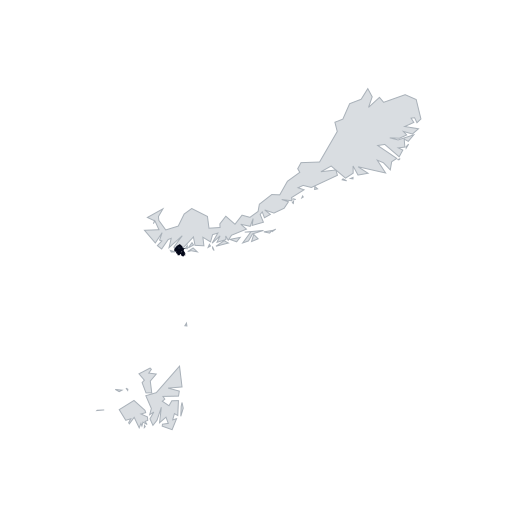 Måsøy nor, Finnmark, Norway (highlighted), rotated 198°
{"feature_id": "86288312B81169350398117", "entity_name": "Måsøy nor", "entity_type": "district", "adm_level": 2, "iso_a3": "NOR", "parent_name": "Norway", "parent_adm1": "Finnmark", "projection": "albers", "projection_center": [24.684, 70.867], "detail": "fine", "context": "in_parent", "style": "filled", "palette": "ink", "viewbox_px": 512, "rotation_deg": 198, "n_neighbors": 0, "source": "geoboundaries", "source_scale": "gbopen_adm2", "svg_char_len": 7484}
<svg xmlns="http://www.w3.org/2000/svg" viewBox="0 0 512 512"><g transform="rotate(198 256 256)"><path d="M309.3,267.9L299.0,272.0L300.3,275.4L297.0,284.5L285.8,279.7L281.9,290.5L273.7,290.9L267.8,299.0L268.8,306.3L260.0,319.3L252.3,321.5L249.2,336.8L240.2,349.1L243.3,351.9L242.0,358.7L224.6,365.0L217.2,399.5L222.3,407.6L215.7,413.0L214.0,429.8L204.4,437.6L201.4,449.7L194.7,443.3L194.9,432.1L187.6,445.0L182.1,441.6L164.0,455.5L152.0,454.3L141.5,437.3L144.1,432.5L147.9,436.5L151.1,435.0L147.2,431.8L154.6,425.1L140.8,427.2L144.9,420.4L154.3,420.0L150.1,417.7L156.0,412.3L165.3,409.7L156.7,410.3L143.4,420.0L146.6,412.1L151.2,413.0L148.1,405.6L154.1,402.8L149.1,402.1L150.5,394.6L168.0,401.9L174.4,398.7L152.3,392.3L156.1,387.6L154.9,379.4L163.7,384.1L170.3,384.6L158.4,375.0L186.5,372.4L175.0,369.3L184.0,364.5L191.5,371.6L189.2,364.8L194.9,357.7L212.3,364.8L220.3,356.2L206.6,362.5L203.5,357.9L224.5,338.3L233.0,337.7L237.1,333.9L230.8,333.8L240.2,322.6L238.9,319.6L249.0,317.7L241.9,317.6L244.0,310.1L252.2,302.4L262.0,302.5L255.2,300.0L259.8,295.0L263.7,299.9L264.9,296.8L259.4,290.4L269.1,283.9L270.3,290.7L270.7,282.4L280.3,281.5L273.4,278.6L285.7,268.2L287.3,262.4L291.0,265.7L289.7,262.3L297.3,257.0L296.4,264.1L301.7,254.6L299.4,266.0L303.9,262.9L303.6,255.4L312.3,257.4L308.7,249.6L317.3,247.3L321.4,254.8L330.5,235.5L336.9,239.1L332.4,252.5L341.3,237.1L342.1,246.6L344.6,244.6L347.9,233.5L353.0,235.4L350.2,241.2L352.6,241.3L352.5,249.2L355.8,237.3L370.0,246.0L356.4,251.0L362.9,258.1L371.2,259.1L359.1,272.1L361.0,263.4L359.4,259.8L349.9,252.9L339.2,260.4L337.3,273.7L331.8,281.3L314.4,278.6L309.3,267.9ZM301.7,63.1L306.5,68.4L305.0,76.0L308.1,72.2L308.4,78.6L317.6,89.1L308.6,95.2L294.7,127.6L285.9,108.6L298.8,103.2L287.2,103.8L286.4,98.8L301.1,93.7L298.5,91.7L300.2,88.9L292.5,86.7L291.3,92.3L285.1,94.5L281.1,80.1L284.9,80.9L284.6,74.4L281.3,76.7L282.1,64.9L292.6,65.2L293.0,67.1L287.7,69.7L291.8,74.9L296.2,67.6L299.3,82.9L299.4,69.2L301.7,63.1ZM314.0,56.5L322.0,64.9L324.6,57.2L325.6,58.1L324.8,62.5L329.1,59.5L338.6,67.6L327.4,80.9L313.9,74.9L312.5,72.9L316.6,70.2L309.5,69.4L308.2,66.2L310.4,64.4L307.5,62.1L312.2,63.1L312.0,59.1L313.7,61.2L314.0,56.5ZM318.3,91.8L325.2,100.4L323.8,103.4L330.9,107.8L322.1,116.7L320.5,115.9L321.8,111.5L314.4,112.9L317.9,104.4L312.9,93.7L318.3,91.8ZM268.3,277.4L274.1,275.2L256.8,282.6L266.1,276.0L267.8,268.0L272.7,264.3L268.3,277.4ZM278.8,263.5L286.0,263.7L276.8,268.8L278.8,263.5ZM286.3,259.8L297.1,252.9L291.0,260.7L286.3,259.8ZM278.0,80.3L280.7,89.9L281.1,93.8L278.2,88.8L278.0,80.3ZM264.7,268.4L264.8,275.8L259.3,273.0L264.7,268.4ZM322.3,239.1L318.3,244.2L313.1,241.8L319.3,241.0L322.3,239.1ZM322.9,242.8L321.0,248.9L318.8,247.2L322.9,242.8ZM250.1,282.0L256.0,281.4L249.0,285.0L250.1,282.0ZM359.4,60.2L352.8,62.7L359.6,59.8L359.4,60.2ZM344.2,84.7L348.6,85.6L342.0,87.0L344.2,84.7ZM333.9,235.0L337.8,233.6L339.1,234.8L333.9,235.0ZM325.5,241.3L324.6,244.6L323.6,241.7L325.5,241.3ZM304.2,249.4L303.9,252.7L302.4,251.4L304.2,249.4ZM302.1,167.7L301.4,170.7L300.1,168.1L302.1,167.7ZM338.8,90.1L336.7,89.7L336.5,88.5L338.8,90.1ZM220.8,337.4L221.5,340.3L218.2,338.9L220.8,337.4ZM297.5,248.2L299.4,249.6L300.4,251.6L297.5,248.2ZM309.2,58.3L309.7,60.4L308.6,59.5L309.2,58.3ZM197.1,356.3L193.0,355.5L197.6,355.1L197.1,356.3ZM190.1,358.9L188.0,360.7L187.6,359.3L190.1,358.9ZM247.9,285.5L245.5,287.7L248.4,283.8L247.9,285.5ZM147.0,406.3L145.4,409.6L146.5,405.0L147.0,406.3ZM237.2,319.8L236.7,317.5L237.9,317.9L237.2,319.8ZM363.6,255.0L363.4,257.6L363.2,257.2L363.6,255.0ZM237.9,322.0L235.6,322.0L238.4,321.6L237.9,322.0ZM230.4,325.4L230.2,327.5L229.3,326.7L230.4,325.4ZM150.7,391.5L149.0,393.2L149.8,391.6L150.7,391.5Z" fill="#d9dde1" stroke="#a8b0b8" stroke-width="1"/><path d="M335.0,236.8L334.8,236.6L334.8,236.4L334.7,236.3L334.3,236.2L334.3,236.3L334.2,236.2L334.3,236.1L334.1,236.0L333.9,236.1L333.8,236.4L333.9,236.7L334.1,236.9L334.4,237.4L334.5,237.8L334.4,237.9L334.2,237.9L334.3,238.3L334.0,238.2L334.0,238.3L334.3,238.4L334.2,238.4L334.3,238.5L334.1,238.8L334.1,239.0L333.9,238.9L333.7,239.2L333.5,239.3L333.5,239.5L333.4,239.4L333.4,239.2L333.6,239.0L333.5,238.7L333.5,238.4L333.4,238.0L333.3,237.9L333.2,237.5L333.0,237.4L332.7,237.0L332.3,237.4L332.3,237.5L332.1,237.8L332.2,238.1L331.6,238.1L331.6,237.9L331.3,238.0L331.7,237.7L332.2,236.9L332.3,236.5L332.1,236.4L332.1,236.1L331.9,236.1L331.7,236.1L331.8,236.4L331.6,236.8L331.4,236.9L331.5,236.9L331.7,237.2L331.4,237.0L331.4,236.9L331.2,237.1L330.8,237.3L330.7,237.2L331.1,237.1L330.9,237.1L331.0,237.0L330.9,236.7L330.7,236.6L330.7,236.4L330.5,236.2L330.6,235.9L330.4,235.8L330.3,236.0L330.2,236.0L330.0,236.3L330.0,236.2L329.9,236.2L330.0,236.0L330.0,235.9L329.7,235.8L329.5,236.0L329.2,236.1L329.2,236.3L329.3,236.3L329.6,236.3L329.8,236.4L329.2,236.5L329.2,236.9L329.2,237.0L329.3,237.2L329.6,237.2L329.2,237.4L329.2,237.5L330.0,237.8L330.2,238.1L329.7,238.0L329.4,238.1L329.4,238.6L329.5,238.9L329.3,238.9L329.3,239.0L329.6,239.1L329.6,239.6L329.3,239.6L329.2,239.5L328.9,239.2L328.6,239.1L328.4,238.9L328.5,238.8L328.5,238.7L328.2,238.6L328.2,238.4L328.3,238.2L328.2,238.2L327.7,238.2L327.7,238.3L327.8,238.3L327.7,238.4L327.4,238.6L327.4,239.0L327.5,239.2L327.5,239.3L327.3,239.5L327.3,239.9L327.5,240.0L327.8,240.1L327.7,240.2L328.1,240.1L328.0,240.3L328.9,240.5L329.1,240.4L329.0,240.6L328.9,240.8L329.0,240.9L329.3,241.0L329.2,241.1L329.4,241.2L329.7,241.3L330.0,241.4L329.5,241.5L329.7,242.0L329.8,242.0L330.5,242.2L331.9,242.9L333.8,240.8L334.1,240.0L334.3,239.7L334.5,239.0L334.3,238.3L334.4,238.1L334.6,237.9L334.8,237.9L334.7,237.6L334.9,237.5L335.0,237.1L335.0,236.8ZM326.1,235.0L325.9,234.9L325.9,235.0L325.7,235.1L325.7,234.9L325.1,235.2L325.6,235.4L325.1,235.4L325.2,235.5L325.3,235.5L325.5,235.6L324.8,235.7L325.1,235.8L326.0,235.8L325.9,236.0L325.3,236.1L325.2,236.4L325.2,236.5L325.5,236.5L325.9,236.6L325.3,236.9L325.5,236.9L325.4,236.9L325.5,237.0L325.7,236.9L325.7,237.0L325.9,237.2L326.3,237.2L326.1,237.1L326.3,237.1L326.3,236.9L326.7,237.0L326.8,236.9L326.6,236.8L327.0,236.7L326.9,236.6L326.7,236.6L326.9,236.6L327.2,236.4L326.9,236.2L326.7,236.2L326.2,236.2L326.1,236.3L326.1,236.2L326.2,235.8L326.4,235.8L326.5,235.7L326.6,235.8L326.5,235.7L326.8,235.7L326.9,235.8L327.1,235.7L326.4,235.5L326.1,235.5L326.0,235.4L326.2,235.1L326.1,235.0ZM330.4,233.6L330.3,233.4L330.1,233.5L330.5,234.0L330.3,234.2L330.3,234.3L330.2,234.2L330.1,234.3L330.1,234.2L329.9,233.9L329.8,234.0L329.5,234.4L329.7,234.5L329.9,234.7L330.0,234.7L330.1,234.8L330.2,235.0L330.5,235.1L330.6,234.9L330.6,234.7L330.5,234.4L330.8,234.2L331.0,234.2L330.7,234.0L330.9,234.0L330.9,233.8L331.1,233.7L330.7,233.7L330.7,233.8L330.6,233.7L330.4,233.6ZM326.6,234.0L326.3,234.2L326.2,234.0L325.9,234.0L326.1,234.3L326.2,234.5L325.9,234.4L326.0,234.6L325.9,234.6L325.8,234.2L325.7,234.3L325.6,234.2L325.4,234.3L325.5,234.4L325.5,234.5L325.7,234.8L325.9,234.7L326.0,234.7L326.2,234.8L326.5,234.7L326.3,234.6L326.8,234.2L326.7,234.1L326.6,234.0ZM331.9,234.7L331.6,234.8L331.6,235.1L331.7,235.4L331.9,235.5L331.7,235.6L331.8,235.7L332.1,235.6L332.0,235.4L332.2,235.5L332.1,235.4L332.2,235.2L332.3,235.1L332.3,234.9L332.2,234.9L332.0,235.0L331.9,235.0L332.0,234.9L331.9,234.8L331.9,234.7ZM329.8,235.4L329.3,235.2L329.2,235.2L329.2,235.3L329.3,235.3L329.2,235.3L329.6,235.7L330.0,235.7L329.8,235.4ZM327.0,238.4L327.4,238.1L327.7,237.8L327.5,238.0L326.9,238.3L327.0,238.4ZM334.0,237.2L333.7,237.0L333.9,237.3L334.0,237.2Z" fill="#0f172a" stroke="#020617" stroke-width="1.5"/></g></svg>